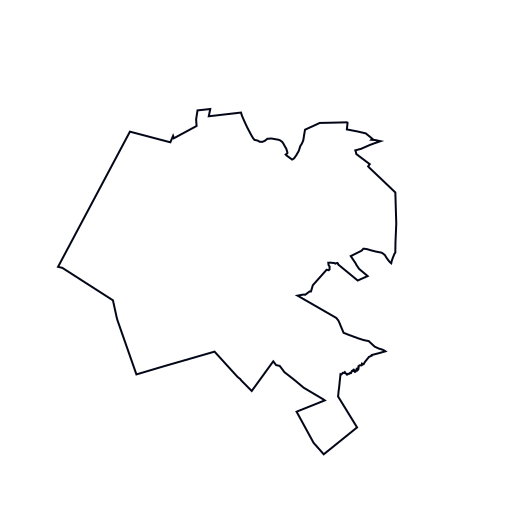 outline of Maravilla Tenejapa, Chiapas, Mexico, rotated 118°
{"feature_id": "50627088B99031968227417", "entity_name": "Maravilla Tenejapa", "entity_type": "district", "adm_level": 2, "iso_a3": "MEX", "parent_name": "Mexico", "parent_adm1": "Chiapas", "projection": "albers", "projection_center": [-91.265, 16.214], "detail": "fine", "context": "isolated", "style": "outline", "palette": "ink", "viewbox_px": 512, "rotation_deg": 118, "n_neighbors": 0, "source": "geoboundaries", "source_scale": "gbopen_adm2", "svg_char_len": 4890}
<svg xmlns="http://www.w3.org/2000/svg" viewBox="0 0 512 512"><g transform="rotate(118 256 256)"><path d="M358.5,425.7L357.4,421.4L362.3,361.5L375.5,350.3L376.9,349.0L378.3,347.6L416.7,306.0L397.2,286.2L359.9,247.7L367.9,225.4L371.4,215.6L372.1,212.0L372.8,210.6L377.2,196.4L365.1,194.7L344.3,191.8L340.9,191.3L342.9,187.0L341.9,183.5L344.1,178.7L345.2,176.5L346.8,167.3L347.7,162.4L349.9,152.2L351.0,128.9L351.2,127.5L374.4,147.1L393.9,117.5L399.3,103.1L359.9,86.3L341.5,117.6L339.4,118.4L337.8,119.1L336.9,119.5L333.3,120.8L329.1,122.5L328.5,122.8L326.6,123.5L321.0,125.8L320.7,125.9L320.7,125.6L320.8,125.5L320.7,125.3L320.5,125.0L319.1,124.6L318.8,124.6L318.4,124.5L318.3,124.2L318.1,123.8L318.0,123.5L317.7,123.3L317.1,123.2L316.8,123.1L316.9,122.9L317.0,122.8L317.2,122.6L317.3,122.5L317.4,122.4L317.6,122.2L317.5,121.7L317.5,121.4L317.5,121.1L317.5,120.9L317.8,120.6L318.0,120.4L318.1,120.2L318.0,119.8L317.8,119.7L317.4,119.6L317.1,119.6L316.9,119.5L316.8,119.3L316.7,119.1L316.5,118.8L316.5,118.7L316.2,118.4L315.9,118.4L315.6,118.4L315.2,118.2L315.0,117.9L315.0,117.6L315.0,117.3L314.9,117.2L314.6,117.1L313.6,117.3L313.2,117.4L312.9,117.4L312.6,117.4L312.4,117.3L312.3,117.1L312.3,116.9L312.2,116.6L312.1,116.4L312.0,116.2L311.9,116.1L311.5,116.1L311.4,116.2L311.3,116.3L311.0,116.5L310.9,116.5L310.7,116.6L310.4,116.4L310.4,116.2L310.6,115.6L310.9,115.4L310.9,115.2L311.1,115.0L311.3,114.9L311.5,114.7L311.8,114.4L311.9,114.2L311.6,113.9L310.4,113.7L310.2,113.6L309.8,113.2L309.6,112.8L309.0,112.7L309.2,113.1L309.3,113.2L309.3,113.4L309.4,113.5L309.3,113.8L309.1,114.0L308.9,114.1L308.5,114.1L308.1,114.1L307.9,114.0L307.7,113.8L307.6,113.6L307.5,113.3L307.5,113.1L307.4,112.9L307.1,112.8L306.8,112.8L306.3,113.0L305.8,113.4L305.3,113.8L305.1,113.8L304.7,113.5L304.0,113.3L303.7,112.9L303.5,112.5L303.4,112.2L303.3,111.9L303.2,111.7L302.8,111.3L302.5,111.3L302.3,111.4L302.1,111.7L301.7,111.8L301.3,111.9L301.3,111.7L301.2,111.4L301.1,111.0L301.0,110.6L301.0,110.2L298.4,110.1L292.1,108.9L289.6,107.0L289.1,107.3L286.6,104.6L284.5,102.3L282.3,100.0L281.6,99.3L280.0,97.6L279.4,97.0L279.3,97.8L279.3,100.3L279.5,101.3L280.1,104.3L280.3,108.7L279.5,111.7L278.4,115.9L278.2,116.6L278.9,118.7L279.5,120.9L279.8,122.0L280.0,123.0L280.2,124.3L280.4,125.4L280.6,126.4L280.8,127.5L280.9,128.6L281.0,129.7L281.2,130.7L281.4,131.8L281.5,132.9L281.6,134.0L281.8,135.1L282.1,137.2L282.2,138.2L282.3,139.3L282.4,140.4L282.6,141.5L282.7,142.6L278.3,148.0L278.0,148.4L275.8,151.0L274.3,153.0L273.0,156.0L271.5,200.7L269.0,197.6L267.4,195.4L267.2,194.4L262.1,192.0L261.5,190.8L257.6,191.6L255.1,192.1L235.0,187.2L234.4,185.1L234.0,185.0L233.1,184.8L232.9,185.0L231.3,185.8L230.8,186.0L229.9,187.7L228.0,189.0L226.7,186.7L226.2,185.2L225.5,183.9L225.5,182.4L224.8,181.9L223.9,180.7L224.3,180.0L224.5,179.8L224.9,179.5L229.9,154.7L221.3,148.0L219.7,155.6L219.0,158.9L216.9,162.9L215.6,164.8L211.6,172.3L201.8,165.3L199.1,164.6L197.9,161.5L196.9,156.7L195.8,152.2L194.2,147.0L194.1,146.2L194.4,144.1L194.7,142.6L195.8,140.8L196.7,139.1L197.8,136.8L198.6,134.8L198.7,134.3L198.9,133.2L196.8,133.8L193.7,134.3L191.7,134.5L189.1,134.8L187.6,134.6L178.6,139.2L162.5,146.9L161.3,147.5L134.5,162.8L124.7,197.8L124.2,199.1L121.5,198.7L121.1,201.3L119.9,208.9L119.7,210.1L119.6,210.6L119.5,211.8L119.3,212.5L118.9,215.3L117.7,216.3L117.4,216.5L116.1,217.9L113.1,214.7L112.1,213.6L104.4,207.5L102.4,205.7L100.8,204.3L100.3,203.8L99.1,202.7L96.2,200.0L96.9,202.4L97.5,204.8L99.2,208.7L97.9,208.3L97.4,210.6L96.2,216.6L98.4,224.9L101.6,235.2L95.4,237.7L95.3,238.5L103.8,253.6L108.6,262.2L111.0,264.0L111.9,264.7L112.7,265.3L113.9,266.2L116.1,267.9L117.0,268.6L117.9,269.3L121.5,272.0L125.4,270.7L127.3,270.1L129.1,269.4L129.8,269.2L131.6,268.6L131.8,268.6L132.1,268.5L133.1,268.4L133.3,268.4L133.9,268.4L134.4,268.3L135.1,268.3L136.2,268.3L136.3,268.3L137.5,268.5L138.7,268.4L140.0,268.1L140.4,268.1L140.7,268.0L140.9,268.0L141.7,267.8L142.1,267.8L142.8,267.6L143.6,267.6L144.1,267.6L144.9,267.6L145.9,267.7L146.0,267.7L147.0,267.7L147.7,267.7L148.0,267.7L149.2,267.9L149.3,267.9L150.2,268.0L151.2,268.1L152.1,268.4L152.3,268.4L153.3,269.0L153.9,269.4L153.1,274.9L153.1,275.3L153.0,275.6L152.8,276.4L152.6,276.7L152.6,276.8L152.6,277.0L152.5,277.4L150.6,276.6L149.8,276.9L148.6,278.1L147.9,278.8L147.5,279.2L147.1,279.6L146.3,280.9L145.1,282.8L144.3,284.0L143.6,285.1L142.9,286.7L142.6,288.8L142.6,289.2L142.8,290.8L142.9,291.0L143.4,292.6L144.9,297.2L145.4,298.3L146.0,299.0L147.1,301.0L148.6,301.6L150.1,302.3L150.4,302.4L152.3,304.1L153.4,306.3L153.3,308.7L153.8,310.5L154.2,311.9L153.2,314.1L152.3,315.6L150.7,318.1L146.4,324.4L142.3,329.8L138.8,334.2L136.4,336.6L154.8,363.3L147.7,365.4L154.9,376.0L162.4,373.4L163.5,373.0L169.1,369.5L190.6,383.8L188.9,385.6L195.8,385.0L195.9,385.3L205.4,425.7L206.5,425.7L247.7,425.7L281.8,425.7L358.5,425.7Z" fill="none" stroke="#020617" stroke-width="2"/></g></svg>